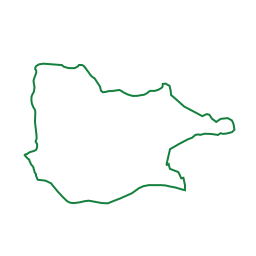 outline of Hayfan, Ta`izz, Yemen, rotated 84°
{"feature_id": "15242507B40276066562734", "entity_name": "Hayfan", "entity_type": "district", "adm_level": 2, "iso_a3": "YEM", "parent_name": "Yemen", "parent_adm1": "Ta`izz", "projection": "equal_earth", "projection_center": [44.261, 13.291], "detail": "fine", "context": "isolated", "style": "outline", "palette": "green", "viewbox_px": 256, "rotation_deg": 84, "n_neighbors": 0, "source": "geoboundaries", "source_scale": "gbopen_adm2", "svg_char_len": 3479}
<svg xmlns="http://www.w3.org/2000/svg" viewBox="0 0 256 256"><g transform="rotate(84 128 128)"><path d="M90.2,131.1L89.3,132.6L89.5,138.6L89.6,139.6L89.3,143.4L89.8,146.4L89.8,148.0L89.8,149.2L88.2,150.8L88.0,151.0L83.9,151.5L76.9,155.1L76.2,155.5L74.9,156.2L74.7,156.7L74.5,156.9L73.2,158.4L70.9,160.1L69.7,160.7L68.4,161.4L67.8,161.8L67.2,162.2L65.6,163.1L64.1,163.9L61.7,165.5L60.6,167.0L60.2,170.2L61.6,171.6L62.9,174.8L62.2,180.9L60.3,185.5L58.5,187.2L56.1,200.4L55.4,204.3L55.2,205.5L55.4,209.4L55.5,210.1L56.7,212.6L56.8,212.7L56.9,212.9L57.9,213.6L58.5,214.0L59.7,214.1L60.9,213.4L61.9,213.3L63.6,213.5L65.1,214.3L65.3,214.3L65.9,214.7L66.1,214.8L69.8,216.6L70.0,216.6L71.6,217.1L71.9,217.0L73.3,217.0L77.7,216.7L80.9,217.5L81.1,217.5L81.5,217.6L82.1,217.9L82.7,218.2L83.1,218.5L84.8,219.7L85.1,219.8L86.8,220.7L90.7,221.2L94.0,221.0L94.2,220.9L95.0,220.7L96.0,220.4L97.6,219.9L98.6,219.4L99.4,219.0L100.9,218.5L103.2,218.6L106.7,219.1L112.3,219.9L119.7,219.8L123.0,219.8L124.4,219.7L124.5,219.7L125.9,219.8L128.7,219.9L130.6,220.7L131.2,221.0L131.4,221.0L131.5,221.2L132.2,221.2L133.0,220.9L133.5,220.5L134.1,220.2L134.7,220.1L135.4,220.1L136.1,220.2L137.4,220.4L139.1,221.0L140.0,221.7L140.8,223.2L141.2,225.0L141.6,227.4L142.0,228.8L142.5,229.7L142.9,230.5L143.1,230.8L143.5,231.7L143.5,232.2L143.6,233.0L144.2,233.6L145.3,232.9L146.7,231.9L147.4,231.3L148.1,230.7L149.0,229.7L149.6,229.5L150.4,229.5L151.8,228.8L153.9,228.3L155.7,227.1L155.8,227.0L156.6,226.5L157.8,226.1L158.8,226.1L161.0,225.6L162.5,225.4L164.4,224.3L165.2,224.4L165.8,224.5L168.3,223.7L170.0,223.2L171.0,218.9L171.8,215.4L174.0,211.9L175.1,210.1L175.3,210.0L176.2,209.6L184.3,204.2L188.0,201.4L189.5,200.3L190.6,199.4L194.0,196.6L195.5,194.7L196.4,192.8L197.0,190.0L196.9,184.0L196.2,178.2L196.2,174.5L198.2,167.7L199.9,161.9L200.3,159.3L200.8,156.1L198.8,148.9L197.7,144.9L197.3,143.2L196.0,139.4L195.7,138.4L193.9,132.8L193.8,132.4L193.5,131.6L193.3,131.0L192.5,129.5L192.3,129.2L192.1,128.9L192.0,128.7L190.7,126.4L190.4,125.8L189.8,124.8L189.1,123.7L188.8,122.8L188.3,121.3L187.5,118.8L187.4,118.5L187.4,117.8L187.0,113.5L187.0,112.9L187.2,111.1L187.4,109.3L187.9,104.8L188.3,101.0L189.0,96.9L190.3,93.1L190.4,92.9L190.7,92.0L190.8,91.4L192.3,86.6L193.6,83.5L195.5,78.8L195.8,77.9L193.3,77.6L190.9,77.3L183.3,78.1L183.6,80.3L177.1,82.5L173.0,90.6L168.0,91.4L168.8,93.1L167.9,93.4L153.4,88.4L150.7,82.2L149.4,79.4L147.3,74.1L146.4,71.9L146.0,70.8L145.5,69.6L145.3,68.9L144.7,66.4L144.6,65.9L144.4,65.4L142.5,62.5L141.9,61.7L141.8,60.0L141.7,58.8L142.4,57.0L141.7,52.1L141.8,51.8L142.4,47.5L142.8,45.1L144.3,39.3L142.9,36.4L143.8,34.1L143.8,31.1L143.7,29.7L143.2,26.3L143.0,25.1L141.4,23.0L140.9,22.4L140.7,22.4L139.4,22.4L138.9,22.4L134.7,22.7L134.0,22.9L132.2,23.6L131.3,23.9L131.2,24.0L130.0,25.8L128.6,27.9L128.6,34.9L130.4,38.2L131.2,39.6L127.6,43.4L127.5,43.6L126.8,43.9L123.3,45.7L123.1,46.4L122.4,48.2L123.3,51.0L124.0,52.8L122.1,55.7L121.8,56.1L120.8,57.6L120.2,58.4L118.6,60.9L116.7,63.6L116.2,64.4L116.1,64.7L115.7,65.1L113.8,68.0L112.8,69.5L112.7,69.7L110.0,72.2L109.9,72.2L109.7,72.5L108.4,73.6L101.8,79.7L101.7,79.8L101.4,80.1L101.2,80.3L99.7,81.7L97.2,81.7L96.3,81.7L95.3,81.7L91.9,82.1L91.2,82.2L90.4,82.3L88.2,85.5L87.8,86.0L87.8,88.8L90.7,89.4L91.7,90.6L93.2,94.0L93.9,97.7L93.4,101.7L93.9,103.3L95.4,105.4L96.6,108.6L96.7,111.5L96.8,113.1L97.0,115.4L96.6,120.0L95.1,123.7L94.2,125.6L91.4,129.8L90.7,130.2L90.2,131.1Z" fill="none" stroke="#15803d" stroke-width="2"/></g></svg>